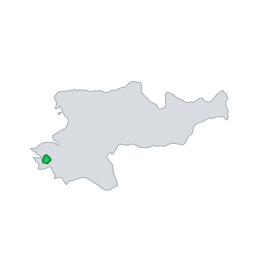 location of Pyoksong, Hwanghae-namdo, North Korea, rotated 33°
{"feature_id": "82179303B11091889229707", "entity_name": "Pyoksong", "entity_type": "district", "adm_level": 2, "iso_a3": "PRK", "parent_name": "North Korea", "parent_adm1": "Hwanghae-namdo", "projection": "natural_earth1", "projection_center": [125.467, 38.097], "detail": "fine", "context": "in_parent", "style": "filled", "palette": "green", "viewbox_px": 256, "rotation_deg": 33, "n_neighbors": 0, "source": "geoboundaries", "source_scale": "gbopen_adm2", "svg_char_len": 3814}
<svg xmlns="http://www.w3.org/2000/svg" viewBox="0 0 256 256"><g transform="rotate(33 128 128)"><path d="M150.7,182.5L149.8,183.0L148.3,185.6L146.9,189.0L145.5,190.8L144.0,191.8L142.3,192.4L138.9,192.7L135.8,192.4L134.8,192.1L130.6,192.3L129.4,192.5L123.4,192.3L120.2,192.5L118.2,193.2L116.2,194.6L114.5,196.6L112.9,198.8L109.8,202.8L107.6,204.8L107.6,207.6L107.5,208.4L106.7,209.0L106.5,208.8L105.2,208.6L100.0,206.0L95.8,207.6L94.8,209.6L93.6,210.3L91.9,206.3L89.2,206.1L84.8,202.6L82.9,203.3L82.4,204.7L80.0,208.0L76.7,210.7L75.6,211.0L74.4,210.8L74.6,210.1L73.2,207.1L67.9,205.9L66.0,204.6L65.0,204.3L70.2,201.0L71.6,200.4L70.5,199.6L69.4,199.2L65.2,199.7L63.0,198.6L59.7,198.9L57.5,198.1L62.1,194.8L62.4,192.8L62.3,191.4L64.7,187.0L67.0,184.6L73.2,181.1L75.8,180.7L77.8,180.8L79.4,180.5L77.7,179.2L76.1,178.6L72.9,178.7L69.6,176.7L69.3,174.6L75.7,161.5L75.8,160.3L74.8,157.1L74.5,154.0L69.9,152.2L67.9,152.0L62.1,148.5L59.7,146.7L58.8,147.2L58.6,150.0L57.8,150.7L56.3,151.2L55.5,148.0L54.3,145.7L50.4,143.3L49.0,142.0L49.7,139.2L49.4,138.9L50.0,135.8L52.4,133.4L58.2,129.0L59.7,127.0L62.7,124.6L64.0,124.7L65.4,124.5L65.8,123.4L66.1,122.6L67.3,121.9L70.1,120.5L73.3,118.8L75.9,118.3L79.0,115.7L80.3,114.6L81.6,114.6L82.0,114.0L82.7,112.7L83.7,111.8L85.1,111.6L87.4,111.0L90.2,110.6L92.2,108.4L92.8,106.9L94.1,105.2L96.8,103.3L98.7,100.5L100.7,97.5L101.7,96.6L102.7,96.4L103.3,95.3L103.9,92.1L104.9,89.0L105.4,87.5L107.8,85.9L108.4,85.1L109.0,84.9L110.1,85.1L111.6,84.1L113.0,83.1L114.2,83.5L115.5,84.3L116.9,86.0L117.5,87.4L118.6,88.6L118.8,90.2L119.9,90.9L122.2,91.3L125.9,92.4L128.3,92.5L129.7,93.3L132.6,93.8L138.4,93.1L140.7,93.5L141.7,94.6L143.2,95.4L144.1,95.4L145.4,94.0L146.7,91.7L147.6,90.0L147.6,88.6L146.8,87.0L144.9,85.6L143.6,83.5L142.4,81.2L141.7,80.5L141.1,79.4L141.0,77.8L141.4,76.6L144.2,75.9L147.9,75.4L150.9,75.9L155.8,75.6L158.9,75.0L161.1,75.1L163.2,75.0L164.1,74.1L167.0,71.8L168.4,71.0L169.9,69.4L170.1,67.8L170.4,66.4L171.3,65.0L172.8,63.3L174.0,62.5L175.5,62.6L177.0,63.4L178.0,64.2L179.1,63.9L180.0,62.6L180.6,62.3L182.3,62.2L182.8,61.4L183.4,57.3L184.0,54.1L184.1,51.9L185.6,48.2L186.1,46.0L187.0,45.0L188.1,45.1L188.9,45.7L190.1,46.1L191.6,45.7L192.6,46.3L193.3,47.5L195.5,48.3L195.7,48.9L195.8,52.9L197.0,54.8L198.7,56.5L200.9,58.0L202.1,58.4L202.8,59.5L203.6,61.4L205.2,63.2L206.0,64.6L206.2,66.0L207.0,66.8L205.7,67.6L204.0,67.1L201.3,66.8L197.8,69.5L195.8,70.5L194.5,73.2L191.7,74.8L190.2,76.5L188.3,79.5L187.1,82.3L184.1,85.3L182.4,88.9L182.4,92.1L184.3,95.3L184.6,98.1L183.3,103.7L184.1,109.8L183.3,112.1L174.2,116.2L171.8,118.3L168.5,123.6L164.4,125.6L161.9,127.8L158.3,129.1L156.1,132.8L153.6,135.0L150.7,136.3L148.4,137.9L143.5,138.1L140.0,139.2L137.5,142.4L130.0,145.9L129.0,148.7L129.5,152.8L129.6,156.1L129.0,158.7L127.3,157.9L126.4,158.8L125.5,161.3L125.8,164.0L128.3,164.9L130.5,166.1L133.5,166.6L135.7,167.9L140.4,173.8L144.2,176.4L145.2,177.3L147.5,178.6L149.5,180.7L150.7,182.5ZM63.0,153.7L61.6,154.6L61.5,153.0L62.6,151.6L63.7,151.4L63.0,153.7Z" fill="#d9dde1" stroke="#a8b0b8" stroke-width="1"/><path d="M80.8,197.9L80.8,197.3L80.6,196.6L80.1,196.3L79.5,196.3L79.0,196.2L78.7,195.9L78.4,195.6L78.1,195.3L77.0,195.6L76.6,195.4L76.2,195.3L75.6,195.1L75.1,195.1L74.8,194.9L74.4,195.2L74.3,195.3L73.7,195.8L73.2,196.2L73.1,196.6L73.1,197.3L73.4,197.8L73.4,198.3L73.5,198.7L73.6,199.1L73.6,199.4L73.5,199.9L73.5,200.4L73.5,200.7L73.5,201.1L73.6,201.3L73.9,201.5L74.3,201.5L74.7,202.3L74.9,202.7L75.1,202.9L75.3,203.0L75.5,203.3L75.9,203.0L76.5,202.7L76.9,202.7L77.4,202.5L77.9,202.3L78.4,202.2L78.8,202.0L79.1,201.9L79.4,201.8L79.8,201.6L79.7,201.5L79.5,201.4L79.6,201.2L79.8,201.2L80.0,201.0L80.0,200.9L80.0,200.6L80.0,200.4L80.0,200.1L80.0,199.7L80.0,199.2L80.0,198.9L80.0,198.5L80.4,198.4L80.8,197.9Z" fill="#22c55e" stroke="#15803d" stroke-width="1.5"/></g></svg>